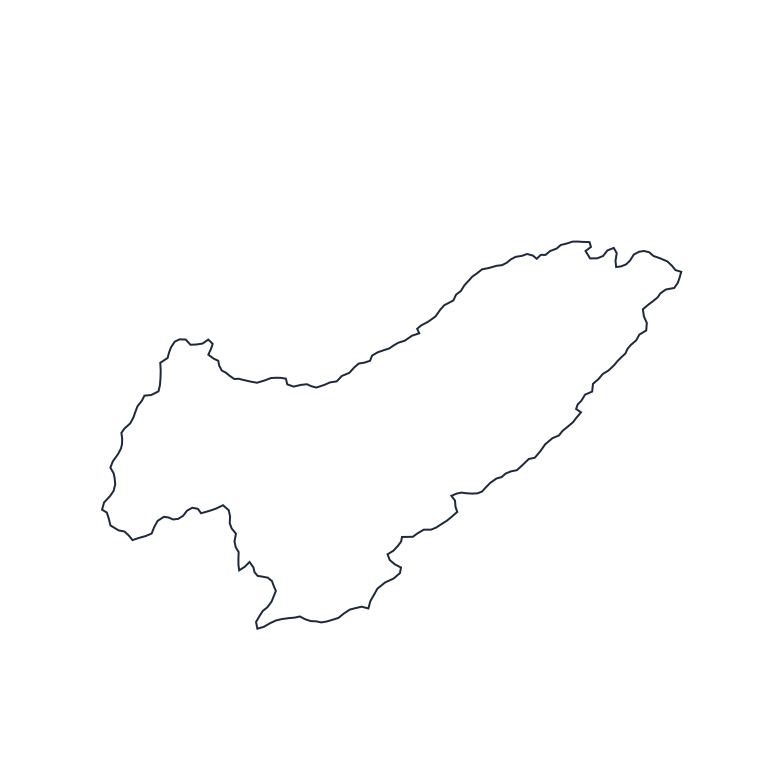 outline of São João Evangelista, Minas Gerais, Brazil, rotated 51°
{"feature_id": "56859067B41003336819861", "entity_name": "São João Evangelista", "entity_type": "district", "adm_level": 2, "iso_a3": "BRA", "parent_name": "Brazil", "parent_adm1": "Minas Gerais", "projection": "robinson", "projection_center": [-42.778, -18.496], "detail": "fine", "context": "isolated", "style": "outline", "palette": "slate", "viewbox_px": 768, "rotation_deg": 51, "n_neighbors": 0, "source": "geoboundaries", "source_scale": "gbopen_adm2", "svg_char_len": 3658}
<svg xmlns="http://www.w3.org/2000/svg" viewBox="0 0 768 768"><g transform="rotate(51 384 384)"><path d="M519.3,402.2L513.3,402.0L514.9,396.5L517.2,392.1L520.4,389.1L524.1,385.1L527.7,380.4L529.3,375.4L528.5,370.5L527.7,363.6L528.2,356.2L530.4,351.0L530.1,346.0L531.8,340.3L534.6,335.0L534.2,328.1L533.4,318.7L536.2,313.2L534.6,304.8L532.3,296.7L532.1,287.2L534.1,280.4L532.8,275.0L532.8,267.7L532.6,260.9L531.4,256.2L530.0,248.7L524.3,250.4L521.8,246.4L521.2,241.2L518.8,234.4L520.9,227.0L515.4,221.5L515.2,214.4L513.9,207.8L514.8,200.9L514.2,193.3L513.1,187.8L512.6,182.8L512.2,177.1L509.9,172.6L509.0,167.6L508.8,160.6L506.3,154.4L507.4,146.5L501.9,141.3L495.1,139.5L488.8,135.8L488.7,129.0L488.9,122.7L488.9,116.9L487.5,112.3L487.9,105.6L492.0,98.0L490.3,92.0L487.8,88.0L483.9,82.4L478.9,85.8L473.6,85.8L467.2,86.6L460.1,90.3L454.1,94.0L448.5,95.0L444.3,98.2L441.8,102.4L440.6,108.4L442.9,115.1L443.4,120.5L441.8,125.7L439.2,130.0L434.0,126.6L428.8,120.8L422.8,119.8L420.8,126.3L422.4,133.2L420.5,139.2L416.1,144.8L407.5,143.7L407.7,136.9L403.1,135.0L399.0,139.7L394.9,144.2L392.0,147.9L389.9,153.4L387.2,159.2L387.4,164.5L385.2,171.2L385.3,177.3L382.3,180.9L382.8,186.5L377.8,187.5L373.0,191.0L371.2,196.2L368.0,201.7L367.0,207.0L367.0,212.3L365.9,217.5L362.9,222.3L359.9,229.4L356.6,235.6L356.5,242.8L356.1,247.7L357.0,253.2L357.9,259.4L360.1,265.8L359.9,271.7L362.7,277.5L361.7,282.7L360.7,287.6L361.7,293.7L363.9,301.4L363.4,310.6L361.8,318.5L362.0,323.5L366.8,324.7L364.1,331.8L363.4,340.5L360.9,347.0L360.1,352.1L359.7,357.4L357.7,362.6L355.4,368.9L354.4,375.4L357.2,380.2L355.0,385.9L352.2,390.8L352.4,396.8L353.5,403.9L351.2,411.8L352.2,419.1L348.8,424.9L347.0,431.4L344.2,438.8L339.8,442.0L335.7,444.0L332.5,449.0L329.1,455.9L323.4,459.4L318.1,456.9L314.3,460.3L311.2,464.0L308.3,468.0L306.0,474.8L303.1,481.9L298.5,485.9L292.5,490.6L288.6,493.5L285.9,497.2L280.4,498.8L275.6,499.8L271.4,501.6L266.0,500.5L261.6,498.2L257.4,500.3L250.7,502.1L247.8,496.3L245.0,491.9L238.9,492.6L238.4,499.5L235.2,505.0L231.7,509.7L224.7,510.1L220.6,514.8L219.4,520.0L221.5,526.6L224.4,531.4L227.6,535.8L226.7,544.5L233.2,549.2L239.0,554.2L244.1,559.1L247.8,563.9L246.0,572.0L242.3,577.5L244.6,582.6L246.2,589.6L249.8,595.8L252.4,599.9L254.9,606.0L255.3,613.8L256.7,618.8L261.9,622.0L265.9,625.5L268.6,629.0L271.1,634.8L273.4,643.3L276.8,649.3L283.2,650.3L287.3,652.4L292.7,655.9L296.9,661.4L298.7,667.4L299.9,676.1L304.2,682.2L309.5,680.3L314.9,682.4L321.8,685.6L330.7,682.4L335.3,678.5L341.0,677.7L347.0,677.7L349.5,671.1L352.2,664.8L354.0,658.7L350.6,652.7L347.9,646.1L348.7,638.6L352.2,635.4L356.5,633.2L359.3,628.8L360.0,623.0L358.5,616.8L359.5,610.9L363.9,607.2L369.3,607.5L371.6,602.2L373.5,597.5L375.1,593.0L376.9,585.4L384.4,584.1L390.1,587.0L395.1,591.5L400.4,593.3L407.2,593.3L412.3,599.3L417.6,602.0L423.1,602.7L428.3,607.2L432.9,610.9L437.7,613.8L438.4,607.2L437.7,600.5L444.3,600.9L448.6,603.0L453.5,603.0L457.7,599.3L461.4,596.2L466.7,595.1L471.3,596.7L476.8,598.3L479.7,603.5L482.4,608.4L484.1,615.1L484.1,621.2L485.9,626.5L488.4,633.2L494.5,636.4L497.1,630.2L498.2,623.0L499.8,616.8L502.3,611.5L506.0,605.4L509.5,600.2L511.7,595.7L517.2,593.3L522.2,590.1L525.8,586.0L529.8,582.8L532.5,578.0L534.8,572.5L537.1,566.6L537.1,559.9L537.8,552.5L540.3,547.1L543.0,541.5L548.6,537.4L544.2,531.3L541.6,524.7L538.9,517.9L538.9,508.2L541.2,499.0L541.0,490.6L537.3,486.3L530.9,489.1L524.3,490.3L518.6,488.4L519.5,481.4L518.4,474.5L517.2,469.8L514.2,466.3L517.8,461.7L520.9,457.7L521.1,452.7L522.2,444.8L526.8,439.1L528.4,433.8L529.1,427.2L529.8,421.2L529.8,415.1L529.5,407.6L524.4,405.7L519.3,402.2Z" fill="none" stroke="#1e293b" stroke-width="2"/></g></svg>